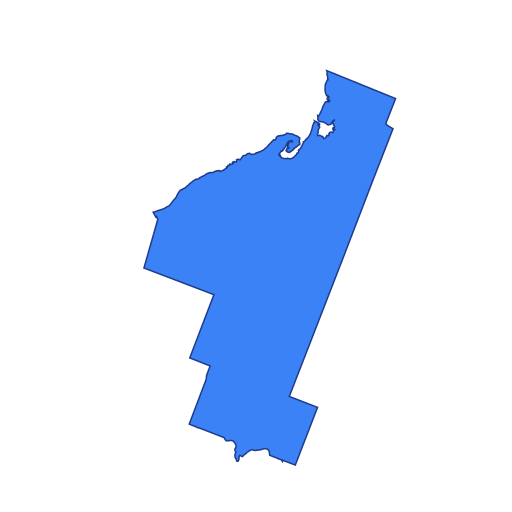 Barunga West, South Australia, Australia (Albers equal-area conic projection), rotated 21°
{"feature_id": "25037944B23405884319913", "entity_name": "Barunga West", "entity_type": "district", "adm_level": 2, "iso_a3": "AUS", "parent_name": "Australia", "parent_adm1": "South Australia", "projection": "albers", "projection_center": [137.906, -33.795], "detail": "fine", "context": "isolated", "style": "filled", "palette": "blue", "viewbox_px": 512, "rotation_deg": 21, "n_neighbors": 0, "source": "geoboundaries", "source_scale": "gbopen_adm2", "svg_char_len": 6044}
<svg xmlns="http://www.w3.org/2000/svg" viewBox="0 0 512 512"><g transform="rotate(21 256 256)"><path d="M255.6,57.6L256.3,58.4L257.2,61.0L257.7,61.9L258.1,62.0L258.8,63.3L259.1,64.2L259.6,64.9L259.6,65.7L260.0,65.8L259.5,66.4L259.2,70.9L260.5,75.0L261.4,77.2L263.0,79.5L264.3,80.8L265.5,81.4L265.6,81.0L265.2,80.5L265.4,80.4L265.9,80.9L266.7,81.1L267.3,81.6L267.2,81.8L266.5,81.9L266.4,82.3L266.6,82.7L266.2,82.7L266.0,83.0L266.2,84.0L266.4,84.4L266.8,84.6L267.5,84.5L267.8,84.8L267.7,85.3L268.0,85.0L268.5,84.9L268.6,85.4L268.7,84.7L268.2,84.4L268.2,84.0L269.3,84.5L269.0,85.8L268.7,86.2L266.2,86.7L265.8,87.2L265.5,87.9L264.9,92.5L265.1,95.5L264.6,101.3L264.1,103.0L263.9,103.2L263.4,103.0L263.8,103.8L264.5,105.2L264.5,106.0L265.5,107.1L267.0,107.6L267.9,107.5L268.9,107.2L270.7,106.8L273.6,107.1L275.4,107.7L276.4,107.8L278.2,106.6L278.8,105.7L279.0,104.3L279.4,104.8L279.6,104.6L279.7,104.3L279.3,103.5L279.4,102.8L279.9,101.6L280.5,100.9L280.6,101.0L280.2,101.7L279.8,103.0L279.9,104.0L280.1,104.4L280.9,105.3L283.1,107.2L283.0,107.8L282.1,108.7L281.9,109.1L284.3,109.5L284.5,109.7L284.3,109.9L283.4,109.9L282.6,110.4L283.6,111.5L283.7,112.5L283.6,113.2L281.9,113.3L280.6,114.2L280.2,116.0L280.7,116.3L280.8,117.1L280.7,117.6L280.0,118.2L279.2,117.9L279.0,118.0L278.7,120.3L278.2,121.2L277.3,122.1L276.7,121.8L275.4,120.5L274.6,120.8L272.2,120.4L271.3,121.3L270.7,121.5L270.2,121.2L269.8,120.6L269.9,118.9L269.4,117.4L268.9,115.3L268.9,114.6L269.3,113.6L269.4,113.1L269.0,112.5L267.2,111.7L266.8,111.3L266.6,110.9L266.7,110.5L266.9,110.4L268.3,110.7L268.3,110.3L268.2,110.1L267.6,109.7L265.6,109.2L262.4,108.9L263.3,109.6L262.8,109.9L262.2,111.0L262.3,112.8L262.3,114.6L262.7,117.1L262.9,120.6L263.0,121.6L262.5,125.6L262.1,126.7L261.6,127.5L261.6,128.4L261.0,128.9L260.7,129.6L260.6,130.4L260.3,131.3L260.0,131.9L259.3,132.4L259.8,133.6L259.5,134.9L259.5,136.0L259.3,138.1L259.1,138.4L259.1,139.0L258.8,140.3L257.7,141.9L258.4,143.4L258.4,144.6L257.7,145.0L257.4,145.4L257.4,147.0L257.3,147.4L256.8,148.0L255.8,150.3L254.4,152.2L252.8,153.1L251.4,153.4L250.5,153.3L249.7,154.2L247.1,154.9L245.3,155.2L244.3,155.2L243.9,154.6L243.2,154.3L242.9,154.0L241.8,154.0L241.1,153.2L241.3,153.1L242.4,153.3L241.4,152.4L241.3,151.6L241.5,150.9L241.4,150.6L242.0,149.5L241.8,149.2L242.7,148.8L242.9,148.3L243.1,148.3L243.3,147.8L243.1,146.5L243.3,146.3L243.6,146.4L243.9,145.6L243.9,144.5L244.4,143.2L244.4,142.1L244.8,141.5L244.6,141.3L244.7,140.7L245.0,137.9L245.7,137.1L246.8,136.3L247.1,135.8L247.8,135.5L248.4,135.5L249.0,136.2L249.3,137.1L249.5,137.3L248.5,136.0L247.8,135.8L247.0,136.5L246.2,138.0L246.0,138.9L246.3,142.7L246.5,142.7L246.6,142.4L246.8,142.6L246.6,142.9L247.7,143.2L247.4,143.4L247.8,143.7L247.8,143.9L247.3,143.7L246.8,143.0L246.5,143.2L246.5,143.5L247.0,143.8L247.2,144.1L246.9,143.9L246.7,144.1L246.5,143.8L246.4,144.7L246.5,145.0L246.3,145.2L246.3,145.9L246.5,146.2L246.3,146.5L247.0,146.7L247.0,146.8L246.7,146.8L246.7,147.1L246.9,147.2L246.9,147.3L247.4,147.5L249.5,147.6L249.9,147.3L249.9,147.1L250.1,146.8L250.5,146.8L250.9,146.4L251.5,145.5L250.4,146.6L250.2,146.7L251.4,145.4L252.4,143.9L252.8,142.9L252.1,142.9L253.0,142.5L253.9,140.4L254.7,139.7L256.1,136.9L256.5,136.7L256.6,136.1L256.8,136.1L256.4,134.8L255.7,134.2L255.1,132.8L255.0,132.2L255.0,131.8L254.5,130.0L252.4,129.6L251.6,129.3L248.7,129.4L247.0,129.1L245.2,129.3L244.4,129.8L243.0,129.8L240.7,130.3L240.1,131.7L239.4,132.6L238.6,132.9L238.2,133.4L237.6,133.6L237.3,134.1L236.9,134.4L235.7,134.6L234.9,135.5L234.1,135.5L233.6,136.4L233.1,136.6L232.5,137.7L232.7,139.2L232.4,140.6L232.0,141.0L231.1,141.0L230.5,141.7L230.4,142.7L229.9,143.3L228.9,145.9L228.1,147.6L227.0,151.0L226.1,151.9L225.7,153.2L225.1,154.2L222.9,156.7L222.1,157.3L221.7,157.9L221.2,157.9L221.1,158.4L220.4,159.0L219.9,159.2L219.7,159.6L219.2,159.6L219.1,160.1L217.8,161.6L214.9,162.9L213.1,162.4L211.4,163.5L210.9,164.6L209.9,166.0L209.5,166.2L209.0,166.3L208.5,166.6L208.0,167.3L207.7,168.1L206.9,171.8L205.8,172.0L205.5,171.8L205.2,171.8L203.5,172.9L203.3,173.3L203.9,173.9L203.9,175.4L203.6,175.6L201.6,175.7L201.4,176.2L200.9,176.4L201.0,176.8L200.6,177.0L200.6,177.6L201.4,177.9L201.0,178.8L199.9,179.4L198.6,179.4L198.5,179.8L198.8,180.4L198.3,180.7L198.2,181.3L197.5,181.4L197.4,183.3L196.6,183.4L196.7,183.7L197.1,184.1L197.1,184.4L196.1,185.4L195.7,186.5L194.9,187.2L194.3,188.2L193.1,189.3L192.9,189.3L192.4,190.1L192.5,189.4L191.7,189.4L191.5,189.7L190.7,189.5L189.9,190.1L188.5,190.7L186.6,192.5L185.9,193.6L183.8,194.3L182.0,195.4L180.0,197.5L179.7,198.2L178.6,199.7L177.1,201.1L176.4,202.1L175.7,202.7L174.2,205.0L173.8,205.4L173.1,205.5L172.3,206.0L170.2,208.8L169.7,209.9L168.9,210.9L168.4,212.1L167.8,212.9L167.6,213.8L166.6,215.5L166.1,216.6L164.9,218.5L163.9,219.2L162.9,220.9L161.9,221.4L161.1,223.9L160.7,226.1L160.3,230.1L159.8,231.5L159.7,232.2L159.2,232.9L157.9,237.6L157.0,240.0L156.4,240.9L155.6,241.6L154.8,242.5L153.9,243.9L151.6,246.1L148.8,248.2L145.4,251.3L144.3,252.0L148.6,255.6L148.9,254.8L151.2,257.1L155.7,307.4L230.6,307.2L230.6,332.1L230.8,332.6L230.6,332.7L230.7,374.9L252.6,375.1L252.6,384.9L253.7,389.0L253.9,436.9L260.9,437.0L262.8,437.2L263.5,437.0L265.9,436.9L291.3,437.0L293.2,438.6L293.9,439.0L294.9,439.1L298.7,437.2L299.8,436.9L301.1,437.0L302.1,437.5L305.0,439.4L305.4,440.3L305.7,441.5L305.8,442.2L305.5,443.5L305.6,444.2L306.0,445.0L307.4,446.3L307.5,448.7L307.8,449.8L309.0,451.9L310.0,452.5L310.6,453.1L311.3,454.2L311.8,454.4L312.6,454.2L312.8,453.9L313.0,453.2L312.7,451.1L312.0,449.1L312.1,448.5L312.4,448.1L312.8,447.9L313.2,447.9L314.3,448.3L314.9,448.3L315.4,447.9L316.0,446.1L317.1,444.6L318.1,442.4L320.7,438.9L321.8,438.2L323.7,438.2L325.5,437.6L330.4,434.8L332.4,433.1L334.2,432.4L335.7,432.2L336.6,432.5L337.7,433.1L338.5,433.9L340.2,437.1L349.0,437.2L349.4,437.4L349.9,437.4L350.4,437.2L353.0,437.2L353.2,437.6L354.3,438.4L354.3,437.1L367.6,437.1L367.7,375.3L337.4,375.2L338.0,225.8L338.0,143.3L338.3,88.1L331.9,87.0L329.7,85.9L329.9,59.0L255.6,57.6Z" fill="#3b82f6" stroke="#1e3a8a" stroke-width="1.5"/></g></svg>